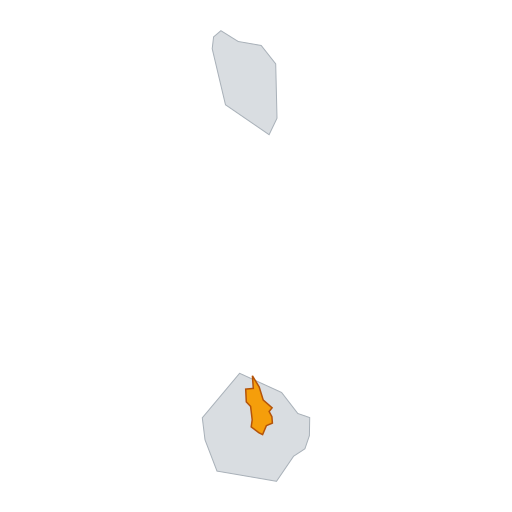 Antigua and Barbuda, with Saint George highlighted
{"feature_id": "ATG-5093", "entity_name": "Saint George", "entity_type": "Parish", "adm_level": 1, "iso_a3": "ATG", "parent_name": "Antigua and Barbuda", "parent_adm1": "", "projection": "natural_earth1", "projection_center": [-61.781, 17.118], "detail": "fine", "context": "in_parent", "style": "filled", "palette": "amber", "viewbox_px": 512, "rotation_deg": 0, "n_neighbors": 0, "source": "natural_earth", "source_scale": "10m", "svg_char_len": 657}
<svg xmlns="http://www.w3.org/2000/svg" viewBox="0 0 512 512"><path d="M293.6,456.2L276.5,481.3L217.0,471.1L205.0,439.8L202.3,417.8L239.6,373.3L281.6,392.5L297.8,413.5L309.7,417.6L309.4,435.6L304.9,448.8L293.6,456.2ZM277.0,118.2L269.1,134.7L225.5,104.8L212.2,48.7L213.6,36.9L220.9,30.7L238.2,41.5L261.2,45.5L275.7,63.9L277.0,118.2Z" fill="#d9dde1" stroke="#a8b0b8" stroke-width="1"/><path d="M252.4,375.8L259.2,387.0L263.2,400.0L272.1,407.8L269.1,411.5L271.9,416.7L272.4,423.1L266.4,425.6L262.6,434.6L258.8,432.7L251.2,426.9L252.2,419.9L250.6,406.4L246.3,401.9L245.7,389.1L253.3,388.4L252.4,375.8Z" fill="#f59e0b" stroke="#b45309" stroke-width="1.5"/></svg>